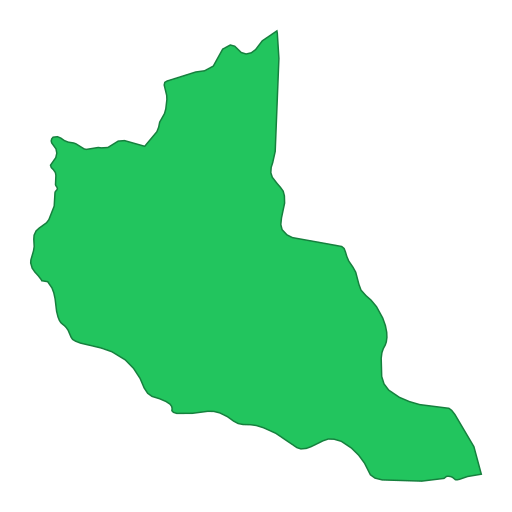 map outline of Anseba (Mercator projection)
{"feature_id": "ERI-1563", "entity_name": "Anseba", "entity_type": "Region", "adm_level": 1, "iso_a3": "ERI", "parent_name": "Eritrea", "parent_adm1": "", "projection": "mercator", "projection_center": [37.716, 16.542], "detail": "fine", "context": "isolated", "style": "filled", "palette": "green", "viewbox_px": 512, "rotation_deg": 0, "n_neighbors": 0, "source": "natural_earth", "source_scale": "10m", "svg_char_len": 2331}
<svg xmlns="http://www.w3.org/2000/svg" viewBox="0 0 512 512"><path d="M246.1,54.0L251.3,52.8L255.6,49.6L262.3,40.8L276.9,30.9L277.3,33.2L278.9,58.5L275.2,151.4L272.7,162.6L271.2,167.3L270.8,172.7L272.3,177.3L277.1,183.5L280.4,187.3L283.2,191.2L284.4,195.9L284.6,203.1L281.5,217.8L280.8,224.5L282.1,229.7L287.0,234.9L292.4,237.6L341.7,246.5L344.1,248.5L345.4,251.8L346.8,256.5L348.7,261.0L353.0,267.3L355.7,272.2L358.9,284.4L361.0,290.1L365.9,295.6L371.0,300.1L376.5,306.7L382.7,318.0L385.4,325.6L386.7,332.3L386.9,337.4L386.3,341.9L385.2,345.1L383.3,348.6L381.9,352.7L381.2,358.2L381.7,376.5L384.0,383.9L388.7,390.1L399.3,397.3L409.4,401.6L419.7,404.6L448.9,408.3L451.7,410.4L454.9,414.5L473.9,446.7L481.3,474.2L467.6,476.5L459.5,479.3L457.1,479.8L455.4,479.7L452.9,477.6L451.2,476.7L448.3,476.2L446.5,476.4L444.0,478.4L421.8,481.1L382.2,479.9L375.0,478.1L370.4,474.8L364.5,463.1L358.7,455.2L351.5,448.1L341.3,441.3L334.1,439.2L328.3,439.0L323.0,440.8L311.0,446.7L306.3,448.4L300.9,448.9L296.9,447.6L275.8,433.3L263.4,427.7L256.3,425.5L250.6,424.7L243.0,424.5L238.1,423.5L233.6,421.1L227.5,416.7L219.8,412.9L213.8,411.4L207.7,411.3L192.4,413.3L176.7,413.4L173.4,412.3L171.9,410.7L172.1,408.5L171.7,406.5L170.1,404.2L166.0,401.5L159.5,398.7L152.0,396.4L147.7,393.3L144.2,388.0L140.1,378.4L133.5,368.3L125.3,359.9L111.8,351.7L100.8,347.9L80.5,343.1L75.6,341.2L72.6,339.4L71.1,337.2L68.1,330.2L66.3,327.6L64.5,325.7L62.6,324.2L60.9,322.7L59.4,320.4L58.0,316.9L56.6,311.3L55.1,298.8L53.8,292.8L52.0,288.0L47.7,281.7L41.7,280.7L41.5,280.0L38.4,275.9L35.0,272.2L32.2,268.2L30.7,263.0L30.9,259.9L33.5,250.9L34.2,246.6L33.8,239.2L34.1,235.2L36.1,230.9L39.4,227.9L46.5,222.8L48.9,219.6L54.2,206.1L55.0,192.6L55.4,191.5L57.0,189.7L57.4,188.8L57.1,187.5L55.8,185.5L55.5,184.6L55.9,175.5L55.4,172.6L53.5,169.8L51.3,167.6L50.5,165.2L55.8,157.6L56.8,153.2L56.0,148.9L51.7,142.9L51.2,140.9L51.7,139.0L51.7,138.9L53.1,137.2L57.5,136.7L61.0,138.2L64.2,140.5L68.1,142.1L73.7,143.0L75.9,143.8L84.3,149.0L86.4,149.4L98.2,147.5L101.4,147.9L107.9,147.5L118.2,141.1L124.5,140.6L144.7,146.3L156.9,131.7L158.7,127.1L159.7,122.1L164.5,113.6L165.8,108.9L166.9,99.5L166.7,95.4L164.2,85.0L164.8,82.4L167.1,81.0L195.7,72.0L204.5,70.8L213.3,66.1L222.7,49.1L230.3,45.0L234.7,46.2L241.2,52.5L246.1,54.0Z" fill="#22c55e" stroke="#15803d" stroke-width="1.5"/></svg>